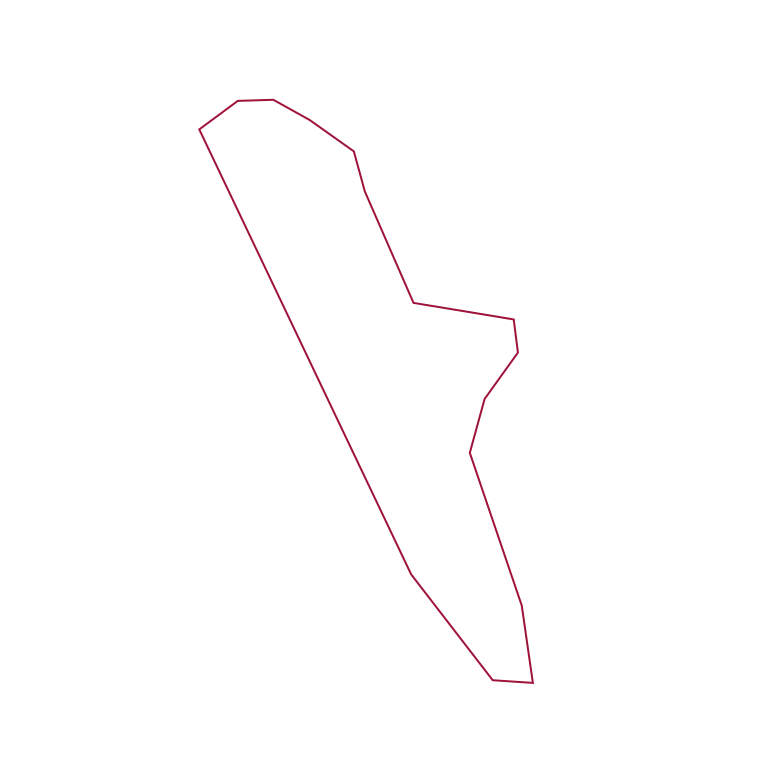 Peleliu, Robinson projection, rotated 309°
{"feature_id": "PLW-5258", "entity_name": "Peleliu", "entity_type": "state/province", "adm_level": 1, "iso_a3": "PLW", "parent_name": "Palau", "parent_adm1": "", "projection": "robinson", "projection_center": [134.266, 7.029], "detail": "fine", "context": "isolated", "style": "outline", "palette": "rose", "viewbox_px": 768, "rotation_deg": 309, "n_neighbors": 0, "source": "natural_earth", "source_scale": "10m", "svg_char_len": 355}
<svg xmlns="http://www.w3.org/2000/svg" viewBox="0 0 768 768"><g transform="rotate(309 384 384)"><path d="M465.6,80.2L512.0,92.2L535.2,119.1L542.4,160.2L545.8,214.2L521.6,247.9L465.6,355.9L515.8,444.2L492.7,468.3L435.7,471.6L384.5,494.0L298.5,630.5L245.4,687.8L222.2,654.9L253.1,525.0L465.6,80.2Z" fill="none" stroke="#9f1239" stroke-width="2"/></g></svg>